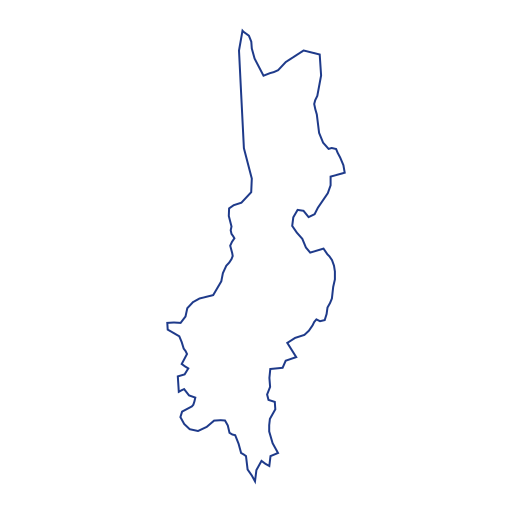 outline of Badulla
{"feature_id": "LKA-2467", "entity_name": "Badulla", "entity_type": "District", "adm_level": 1, "iso_a3": "LKA", "parent_name": "Sri Lanka", "parent_adm1": "", "projection": "natural_earth1", "projection_center": [81.038, 7.079], "detail": "fine", "context": "isolated", "style": "outline", "palette": "blue", "viewbox_px": 512, "rotation_deg": 0, "n_neighbors": 0, "source": "natural_earth", "source_scale": "10m", "svg_char_len": 1958}
<svg xmlns="http://www.w3.org/2000/svg" viewBox="0 0 512 512"><path d="M344.7,172.7L330.6,176.6L330.6,185.3L327.8,193.2L317.9,207.7L314.6,214.2L308.6,217.1L303.5,210.8L297.6,209.9L293.3,217.3L292.2,225.9L296.8,232.6L302.3,238.8L305.9,247.5L310.2,252.6L323.5,248.6L327.4,254.3L329.4,256.3L332.0,260.1L334.0,265.7L334.9,271.5L334.9,279.4L333.2,286.9L331.9,298.5L330.0,303.1L327.5,307.5L326.6,314.0L324.7,320.1L320.0,321.2L316.4,319.4L314.2,322.0L312.6,325.3L308.9,330.7L304.4,334.9L295.1,337.9L287.3,342.9L296.2,357.1L285.7,360.7L282.6,367.8L270.3,369.0L269.4,377.9L270.1,386.9L267.1,394.5L268.5,399.9L274.8,401.9L275.3,409.3L269.9,418.9L269.2,425.1L269.2,431.5L272.6,443.2L278.0,453.0L270.5,456.1L269.3,466.0L265.4,463.8L261.5,460.9L256.4,470.1L255.0,481.3L251.8,475.5L247.6,469.5L246.0,456.1L243.6,454.4L241.1,453.0L238.6,443.8L235.2,435.2L232.3,434.5L229.5,432.8L227.8,425.5L225.0,420.5L220.7,420.2L214.1,420.6L206.7,426.9L198.0,431.0L189.7,429.2L184.2,424.0L180.4,417.1L182.1,411.6L191.9,406.4L193.3,404.8L194.4,401.5L195.3,397.6L189.0,395.4L184.1,389.1L181.5,390.3L178.8,391.8L177.8,376.4L184.6,374.4L188.3,368.4L185.0,366.4L181.7,364.0L187.0,354.0L185.6,351.1L183.7,348.6L181.7,342.1L179.3,336.3L167.7,329.6L167.3,322.9L173.9,322.5L180.6,322.9L185.5,316.5L187.3,308.2L193.0,302.1L199.5,298.5L213.2,295.1L221.3,281.3L222.9,273.1L226.3,265.7L229.2,262.6L231.5,259.1L232.7,256.0L232.2,253.1L230.2,245.7L232.0,241.8L234.4,238.3L233.1,236.1L231.5,233.9L230.7,230.3L231.5,226.5L228.8,216.0L229.1,208.4L233.7,205.2L241.4,202.7L251.2,192.2L251.8,178.6L243.9,148.2L240.7,84.8L239.0,50.5L242.5,30.7L243.5,31.8L248.9,35.7L251.3,41.7L251.8,48.5L254.6,58.6L263.5,75.7L270.1,73.1L273.8,72.1L278.1,70.2L285.8,62.0L303.6,50.5L319.7,54.5L321.1,75.5L317.3,95.9L315.2,100.2L314.2,104.0L315.3,109.2L316.8,114.4L319.1,132.9L323.1,142.7L328.6,148.9L331.7,148.0L336.1,149.0L337.6,152.7L340.2,157.6L343.4,165.2L344.7,172.7Z" fill="none" stroke="#1e3a8a" stroke-width="2"/></svg>